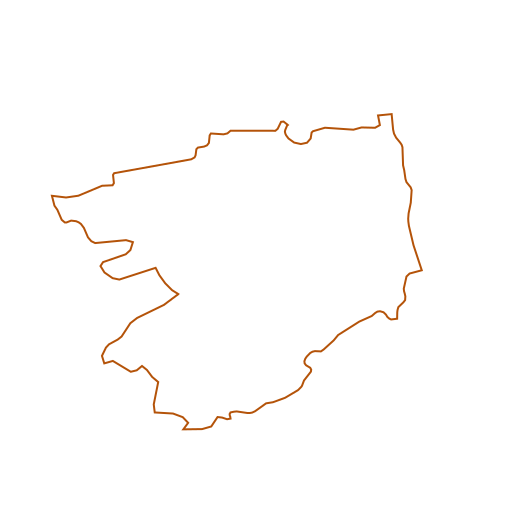 map outline of Maine-et-Loire (orthographic projection), rotated 335°
{"feature_id": "FRA-5321", "entity_name": "Maine-et-Loire", "entity_type": "Metropolitan department", "adm_level": 1, "iso_a3": "FRA", "parent_name": "France", "parent_adm1": "", "projection": "orthographic", "projection_center": [-0.78, 47.399], "detail": "fine", "context": "isolated", "style": "outline", "palette": "amber", "viewbox_px": 512, "rotation_deg": 335, "n_neighbors": 0, "source": "natural_earth", "source_scale": "10m", "svg_char_len": 3152}
<svg xmlns="http://www.w3.org/2000/svg" viewBox="0 0 512 512"><g transform="rotate(335 256 256)"><path d="M138.7,199.4L144.7,197.5L150.3,191.4L144.9,186.7L115.7,176.3L113.0,173.0L111.6,168.1L111.9,157.8L110.9,153.0L109.5,150.5L107.6,148.4L103.4,145.8L98.3,145.5L96.9,144.8L95.2,141.1L95.5,130.2L94.6,125.2L96.5,115.2L108.6,122.7L120.5,126.3L146.2,127.3L155.9,131.3L158.0,129.9L160.7,122.1L162.4,121.0L238.2,141.0L242.0,140.7L243.8,139.2L247.1,134.0L249.2,133.2L255.2,134.9L258.4,135.0L261.1,133.6L265.0,127.1L266.9,125.9L278.0,132.0L281.9,132.8L285.9,131.7L326.5,150.7L329.4,149.9L335.4,145.0L337.8,145.8L340.2,150.7L339.3,150.9L335.7,154.2L334.7,155.6L334.3,157.6L334.3,159.4L335.1,163.2L338.5,169.3L344.0,173.5L350.1,174.9L355.2,172.6L358.6,167.6L360.4,167.0L372.7,168.9L397.7,182.7L406.0,184.1L418.1,190.1L423.6,189.7L426.0,180.2L438.9,184.7L433.7,199.3L432.8,203.4L433.0,208.0L434.6,214.2L435.0,216.7L434.7,219.3L427.6,236.0L426.6,240.8L424.0,249.4L423.6,252.7L425.2,259.1L424.9,262.1L418.8,273.1L412.3,281.9L409.7,286.5L408.6,289.2L407.3,293.4L403.3,312.8L400.2,339.0L387.8,336.8L383.7,338.2L376.1,348.1L375.3,350.5L374.9,353.0L374.3,355.7L372.5,359.0L369.9,360.3L363.4,362.5L361.5,364.7L360.3,366.6L359.5,368.2L357.4,372.5L351.6,370.6L350.3,369.0L349.3,366.7L349.0,364.0L347.8,360.9L345.1,358.5L342.5,357.7L340.0,358.0L335.5,359.3L321.9,359.1L297.1,362.3L290.8,365.3L277.9,369.3L274.5,369.9L269.2,367.1L266.7,366.6L264.2,366.8L259.5,368.6L257.3,369.9L255.4,371.8L254.7,373.9L255.2,376.2L257.9,380.2L258.0,382.3L256.9,384.0L246.9,389.1L242.9,393.0L241.8,393.7L237.5,395.3L222.5,396.8L209.6,395.7L202.9,393.8L189.5,396.3L186.4,396.3L184.1,395.7L181.9,394.7L172.8,388.7L170.2,387.8L166.8,387.0L165.3,388.1L164.8,389.6L164.8,390.5L164.2,392.6L160.8,391.7L157.0,388.1L153.1,385.7L143.4,391.6L134.0,390.1L116.9,382.4L124.0,378.5L121.5,371.1L114.2,363.7L98.1,355.0L100.6,347.3L114.1,328.9L110.8,321.8L109.0,313.2L106.2,307.5L99.6,309.2L93.6,308.0L81.9,290.6L73.1,289.2L74.2,281.4L74.3,281.3L74.4,281.2L74.5,281.1L74.8,280.9L75.1,280.7L75.4,280.4L75.6,280.3L75.7,280.1L75.9,280.0L76.1,279.8L76.3,279.7L76.5,279.5L76.7,279.3L76.9,279.2L77.1,279.0L77.3,278.8L77.5,278.7L77.8,278.5L78.0,278.3L78.2,278.1L78.4,278.0L78.6,277.8L78.8,277.6L79.0,277.5L79.2,277.3L79.4,277.1L79.6,277.0L79.8,276.8L80.0,276.7L80.3,276.4L80.6,276.2L80.8,276.0L80.9,275.9L81.0,275.8L81.1,275.7L81.3,275.6L85.5,273.9L95.3,273.3L100.1,272.2L113.7,263.8L122.1,261.9L151.8,261.4L152.1,261.4L152.3,261.3L152.5,261.3L152.7,261.2L153.0,261.2L153.3,261.1L153.6,261.0L154.0,261.0L154.3,260.9L154.8,260.8L155.2,260.7L155.6,260.6L156.1,260.5L156.6,260.4L157.0,260.3L157.5,260.2L158.1,260.1L158.6,260.0L159.1,259.9L159.6,259.8L160.2,259.7L160.7,259.6L161.2,259.4L161.8,259.3L162.3,259.2L162.8,259.1L163.3,259.0L163.9,258.9L164.4,258.8L164.8,258.7L165.3,258.6L165.8,258.5L166.2,258.4L166.6,258.3L167.0,258.2L167.4,258.2L167.8,258.1L168.1,258.0L168.4,258.0L168.7,257.9L168.9,257.8L169.1,257.8L169.3,257.8L169.5,257.7L165.5,251.5L162.2,242.4L160.3,232.6L160.0,224.3L122.2,219.6L116.7,215.5L111.7,206.9L110.8,199.4L114.8,196.9L138.7,199.4Z" fill="none" stroke="#b45309" stroke-width="2"/></g></svg>